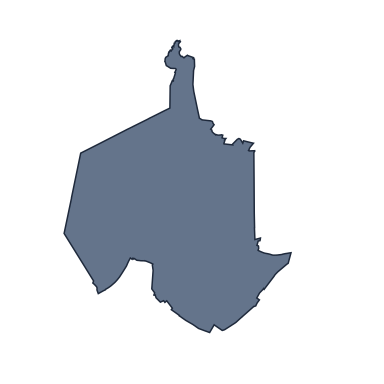 outline of Gilze en Rijen, Noord-Brabant, Netherlands, rotated 115°
{"feature_id": "6326949B41369938524082", "entity_name": "Gilze en Rijen", "entity_type": "district", "adm_level": 2, "iso_a3": "NLD", "parent_name": "Netherlands", "parent_adm1": "Noord-Brabant", "projection": "robinson", "projection_center": [4.88, 51.563], "detail": "fine", "context": "isolated", "style": "filled", "palette": "slate", "viewbox_px": 384, "rotation_deg": 115, "n_neighbors": 0, "source": "geoboundaries", "source_scale": "gbopen_adm2", "svg_char_len": 5053}
<svg xmlns="http://www.w3.org/2000/svg" viewBox="0 0 384 384"><g transform="rotate(115 192 192)"><path d="M119.6,205.1L122.4,213.4L122.3,213.6L122.2,214.9L122.1,215.1L122.1,215.6L121.9,216.7L121.4,216.9L115.1,221.7L100.1,232.9L94.2,236.6L81.7,241.7L81.7,241.8L81.3,241.9L77.1,242.7L70.0,246.3L70.6,246.3L70.7,246.5L70.8,247.3L70.8,247.5L69.6,247.4L69.6,247.8L70.1,253.3L70.0,254.0L71.0,254.5L71.7,255.0L72.2,255.3L72.6,255.5L73.7,255.9L73.8,256.0L73.6,257.1L73.3,257.7L73.2,258.1L73.4,258.7L73.8,259.1L73.6,259.5L73.3,259.9L72.8,261.0L72.5,261.4L71.9,262.0L71.5,262.2L70.8,262.5L70.6,262.7L70.3,262.8L67.8,262.4L67.3,262.5L66.9,262.7L66.7,263.1L66.2,263.7L66.0,264.0L65.9,264.2L65.9,264.3L66.1,264.6L66.2,265.0L66.0,265.3L65.9,265.4L65.8,265.6L64.2,266.5L63.4,266.7L63.1,266.7L61.3,266.3L61.1,266.1L60.7,266.0L60.5,266.4L60.3,266.6L60.5,266.6L60.6,266.9L60.6,267.1L60.3,267.3L60.6,267.6L61.1,267.7L60.8,268.2L60.8,268.4L60.9,268.7L61.0,268.8L61.3,268.9L61.4,269.2L61.4,269.3L60.9,269.3L60.9,269.6L61.2,269.9L61.5,270.1L62.0,270.0L62.3,270.4L62.5,270.6L62.8,270.7L63.3,270.6L63.8,270.4L64.0,270.4L64.5,270.5L64.6,270.9L64.7,271.0L64.9,270.9L65.1,270.8L65.2,270.7L65.5,270.6L65.8,270.5L66.0,270.5L66.5,270.5L66.7,270.4L66.9,270.6L67.2,270.7L67.3,270.8L67.6,270.8L67.6,270.6L67.5,270.4L68.0,270.3L68.1,270.1L68.4,270.7L68.5,270.8L68.5,271.0L68.8,270.9L69.0,271.0L69.0,271.3L69.3,271.3L69.5,271.4L69.8,271.3L69.8,271.2L69.6,270.8L69.8,270.7L70.2,270.2L70.3,270.0L70.5,269.9L70.7,270.0L70.6,270.3L71.1,270.2L71.9,270.3L72.2,270.4L72.5,270.5L72.4,270.7L72.4,270.9L72.4,271.0L72.5,271.0L72.8,270.8L73.0,270.7L73.0,270.8L73.0,271.0L72.9,271.2L73.0,271.3L73.3,271.4L73.4,271.5L73.2,271.7L73.8,271.8L73.9,271.7L74.1,271.7L74.4,271.8L74.8,271.7L74.9,271.8L74.8,272.0L75.0,272.2L75.6,271.9L76.0,272.0L76.8,271.8L77.0,271.7L77.5,271.6L77.9,271.4L78.3,271.4L78.4,271.2L78.5,271.1L78.7,271.3L78.9,271.4L80.3,272.2L80.6,272.5L81.0,272.6L81.3,272.7L81.7,272.7L82.4,272.6L82.8,272.6L83.1,272.4L83.5,272.3L84.3,272.0L84.6,271.9L84.9,271.7L85.1,271.8L85.2,271.7L85.3,271.6L85.5,271.2L88.3,268.7L88.5,266.6L88.6,266.0L88.8,264.2L88.9,263.7L88.1,261.6L87.4,260.0L87.2,259.6L87.1,258.9L87.7,258.1L88.2,258.1L89.1,258.1L90.7,258.1L90.9,258.1L90.9,257.8L91.0,257.7L90.9,257.5L91.2,257.4L91.9,257.2L95.2,256.8L96.4,256.6L96.9,256.6L97.3,256.6L97.6,256.7L98.8,256.6L98.7,256.4L99.0,256.1L99.0,255.9L99.3,255.8L99.6,256.4L99.7,256.9L101.3,256.8L104.0,256.7L104.9,256.7L125.3,247.5L130.1,251.4L142.8,261.5L145.0,263.1L163.3,277.7L165.0,279.0L188.9,297.6L203.8,309.3L248.1,298.8L248.5,298.6L255.8,296.9L283.6,290.4L304.3,258.7L306.8,254.9L314.2,243.6L316.4,243.4L316.5,242.9L317.5,240.1L318.2,238.5L318.6,237.9L319.9,237.1L320.6,236.9L321.1,236.6L323.7,234.0L322.2,232.9L321.9,232.7L318.6,230.3L318.5,230.2L317.2,229.1L316.9,229.1L316.6,229.1L314.3,227.5L313.3,226.9L311.3,225.8L310.2,225.3L307.5,224.1L306.3,223.6L303.8,222.8L301.5,222.2L299.2,221.7L298.4,221.6L294.9,221.1L287.7,220.2L286.5,220.1L284.2,220.2L283.8,220.2L281.0,220.2L279.7,220.1L277.9,220.0L278.3,217.8L277.2,217.7L277.4,216.5L276.7,216.5L276.9,214.7L277.2,213.6L277.1,213.1L277.0,212.5L276.5,211.2L276.2,210.2L276.0,209.5L274.8,206.8L274.4,205.6L274.2,205.6L274.0,203.4L273.8,200.5L273.8,199.6L273.8,198.9L273.8,198.1L273.9,197.0L274.9,197.1L279.5,194.1L296.8,187.5L299.2,183.2L301.5,183.0L301.6,182.9L300.9,181.7L301.2,181.6L303.1,179.8L305.2,174.1L303.2,172.4L302.5,171.8L303.5,169.9L301.3,168.9L305.4,161.1L305.6,160.7L307.4,161.0L309.2,151.3L309.6,151.3L311.0,143.3L311.7,135.2L312.9,128.4L312.4,122.1L311.9,116.6L303.0,115.8L303.1,115.5L303.1,115.4L304.7,106.1L303.4,104.6L302.8,104.1L292.5,97.6L291.4,97.0L286.8,95.1L278.3,91.4L269.8,87.7L269.5,87.6L269.4,87.4L269.2,86.9L268.1,86.0L267.7,86.1L265.9,86.1L264.6,86.0L261.3,85.3L260.7,88.5L254.9,88.1L250.6,86.6L249.2,86.3L249.7,85.5L233.6,82.0L233.1,82.0L232.6,81.9L231.6,81.7L230.7,81.4L228.1,80.5L226.4,79.7L217.3,75.5L216.0,74.7L205.2,76.6L206.4,78.4L208.0,80.7L208.0,80.8L209.9,83.4L210.0,83.4L210.6,84.1L211.2,85.0L213.3,88.4L214.8,91.4L215.0,92.0L215.2,92.8L215.5,95.3L215.6,95.8L215.7,96.2L216.0,97.6L216.6,99.8L216.8,100.9L216.9,102.1L217.0,104.1L217.0,104.3L217.0,106.6L216.9,107.5L216.2,107.6L215.0,107.7L213.7,108.4L212.9,108.9L212.8,109.1L212.8,109.3L212.9,110.6L208.5,111.3L208.1,110.8L207.4,109.8L206.1,110.1L204.8,110.5L208.5,114.9L198.0,120.3L197.9,120.2L184.7,126.7L152.4,142.0L130.1,152.6L128.5,152.4L128.3,152.9L128.2,152.9L130.6,157.5L130.5,158.3L130.0,158.2L127.9,158.3L127.4,158.3L126.7,158.2L121.8,156.9L122.4,159.7L123.8,166.9L126.3,166.6L124.9,168.7L123.7,170.6L123.7,172.1L125.1,173.2L131.6,175.5L131.8,175.5L132.1,175.1L134.9,183.3L134.7,183.5L134.3,183.7L133.9,183.7L131.4,184.0L131.3,184.4L130.6,184.2L129.2,183.9L130.0,185.7L130.2,187.7L127.5,188.1L127.6,189.3L128.3,190.3L128.9,191.3L129.4,192.3L129.7,193.6L129.8,194.7L130.2,194.7L129.6,197.3L128.9,199.2L127.5,200.2L127.2,201.6L121.7,200.4L121.0,201.8L120.6,202.2L119.7,203.1L119.5,203.3L119.5,203.6L119.6,205.1Z" fill="#64748b" stroke="#1e293b" stroke-width="1.5"/></g></svg>